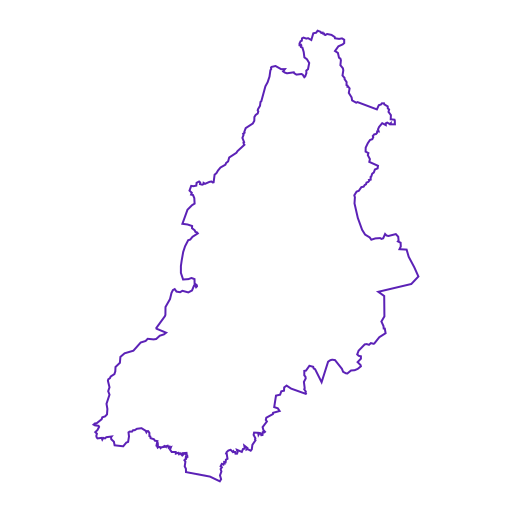 Nochistlán de Mejía, Zacatecas, Mexico
{"feature_id": "50627088B22182253639987", "entity_name": "Nochistlán de Mejía", "entity_type": "district", "adm_level": 2, "iso_a3": "MEX", "parent_name": "Mexico", "parent_adm1": "Zacatecas", "projection": "albers", "projection_center": [-102.872, 21.436], "detail": "fine", "context": "isolated", "style": "outline", "palette": "violet", "viewbox_px": 512, "rotation_deg": 0, "n_neighbors": 0, "source": "geoboundaries", "source_scale": "gbopen_adm2", "svg_char_len": 6023}
<svg xmlns="http://www.w3.org/2000/svg" viewBox="0 0 512 512"><path d="M384.4,316.4L384.2,296.0L378.3,291.8L411.3,284.0L418.4,276.5L414.3,267.3L408.7,256.8L406.6,249.6L399.5,249.2L400.8,246.4L400.6,242.7L397.9,241.4L398.6,240.5L398.2,236.7L395.8,234.1L388.4,236.0L386.5,235.5L385.1,234.0L383.2,238.3L381.5,238.9L380.1,238.1L375.4,238.4L371.3,239.7L369.7,237.4L365.1,234.6L362.1,229.8L357.8,217.9L354.5,203.4L354.9,197.3L354.3,195.3L356.6,191.6L358.8,190.8L361.4,187.1L363.6,186.7L364.7,185.0L366.0,184.3L366.5,182.6L368.3,181.9L369.5,180.4L369.2,179.9L370.7,179.6L370.6,177.0L371.2,176.7L372.2,173.7L373.8,172.5L374.9,169.5L377.6,168.4L378.0,165.8L369.3,161.9L369.9,159.1L367.8,155.1L368.4,153.1L365.6,151.6L365.7,147.6L367.8,143.2L370.0,140.0L372.3,139.2L373.3,137.1L372.8,136.0L374.3,134.3L375.9,134.1L376.9,133.1L377.2,131.4L378.7,131.5L378.0,129.3L379.1,126.9L382.2,123.2L385.8,125.1L385.8,123.3L387.2,122.6L389.6,124.0L390.7,123.2L390.5,124.3L394.9,124.3L394.8,120.6L394.5,119.7L390.7,119.3L390.9,115.1L388.5,111.9L389.1,109.5L387.8,108.4L387.7,106.4L384.3,104.4L384.0,103.3L381.9,103.3L381.0,104.5L378.8,105.2L376.9,109.4L357.5,102.1L356.2,102.7L352.1,100.4L351.6,97.4L348.8,92.9L349.6,88.4L348.3,86.8L347.5,86.8L347.5,85.6L346.5,85.1L346.6,82.1L344.6,79.2L344.6,78.0L342.5,75.5L343.3,70.3L342.9,68.3L340.4,65.2L340.9,60.3L340.4,58.6L339.0,57.7L337.9,52.9L335.0,51.0L338.4,46.3L342.7,44.4L344.2,43.1L344.2,39.7L342.0,38.4L339.1,38.9L335.0,38.3L334.7,37.0L331.5,34.9L327.1,34.0L325.4,35.0L324.5,34.7L324.1,33.6L323.1,33.7L322.7,32.6L321.3,33.0L320.5,31.8L317.6,30.7L316.2,32.7L313.3,33.3L311.3,40.0L308.1,38.2L306.3,38.6L303.5,37.6L302.0,38.4L301.8,40.7L300.6,41.2L299.5,43.5L299.5,45.0L301.0,44.7L301.3,45.3L300.6,46.2L300.9,47.0L302.4,47.6L303.7,52.0L304.4,57.4L306.9,59.2L309.2,63.0L308.0,69.2L306.3,70.6L306.4,73.1L305.2,76.4L304.3,77.2L302.7,74.7L301.5,74.0L296.4,74.6L294.2,73.2L293.8,72.3L287.0,73.3L284.9,72.6L283.1,71.4L284.9,69.1L281.2,69.2L275.5,66.0L271.6,66.9L271.0,67.5L271.2,69.1L270.4,70.2L269.5,76.6L267.6,82.3L265.4,86.3L261.3,101.3L260.5,101.9L260.0,105.8L258.0,109.2L257.7,110.4L258.3,111.4L257.7,113.5L255.7,114.9L254.4,117.0L254.3,120.8L252.8,123.5L245.7,128.1L244.3,131.9L244.6,132.7L243.1,133.8L243.6,134.8L242.4,137.9L244.1,142.2L243.5,142.6L243.8,144.0L244.4,144.8L237.5,151.1L236.4,152.8L229.2,157.5L228.1,161.4L226.1,163.0L225.4,164.7L220.5,167.5L218.0,170.5L216.4,173.2L214.6,174.7L213.6,182.3L212.8,182.5L211.4,181.5L209.4,181.9L205.1,183.8L203.6,182.9L203.4,184.2L202.2,184.7L200.0,184.1L200.2,182.5L199.1,181.5L196.6,182.8L196.3,185.6L193.5,186.2L191.2,185.9L189.5,190.6L191.8,192.8L191.1,194.6L193.0,195.0L194.3,198.1L194.6,203.6L192.0,205.2L187.5,209.7L182.4,223.8L187.6,224.5L192.1,226.0L192.0,228.2L194.7,230.3L195.4,231.9L197.0,232.4L197.8,233.4L192.5,236.8L190.2,239.6L188.2,240.2L185.1,246.2L183.2,251.9L181.7,260.4L180.9,266.0L180.9,272.9L183.1,279.5L188.5,279.1L191.4,278.0L194.5,279.1L194.6,283.4L196.8,285.2L197.0,286.3L196.1,287.2L195.3,285.5L194.1,285.4L192.0,290.5L188.3,292.4L182.4,290.8L180.1,292.2L176.5,291.6L174.7,289.1L172.9,290.1L171.5,292.9L170.0,299.1L165.5,307.0L165.4,314.9L164.9,316.2L156.3,328.0L156.5,328.7L166.1,332.7L163.9,334.4L159.8,335.7L156.2,339.0L153.6,339.4L147.7,338.8L145.6,341.0L140.7,342.5L133.4,350.7L124.6,353.3L120.4,356.9L119.9,362.8L115.5,367.0L115.3,371.3L114.4,374.1L110.7,376.5L109.9,378.2L108.3,379.3L107.9,380.7L109.5,387.3L108.2,391.2L109.5,394.7L106.5,403.8L107.4,409.0L107.0,414.4L105.1,416.4L102.3,417.3L101.6,419.3L96.6,423.3L95.0,423.4L93.6,424.6L95.0,425.4L98.5,425.8L99.1,426.9L97.4,430.1L95.3,432.1L96.9,433.7L96.3,436.0L96.7,437.4L97.5,438.4L101.6,437.9L102.3,439.6L103.3,437.9L105.0,438.4L106.3,437.2L111.6,436.5L111.0,437.3L111.3,439.3L113.9,441.7L114.6,445.3L123.2,446.3L126.3,442.6L128.1,441.9L129.0,436.4L128.5,432.4L129.6,431.6L132.0,431.6L133.1,430.2L134.7,430.2L136.9,428.8L141.5,428.2L145.7,430.8L146.4,432.3L147.1,431.1L148.2,431.1L149.4,432.9L149.4,436.1L150.3,436.5L150.6,438.2L153.9,439.2L154.9,440.7L157.4,441.1L156.7,444.5L157.8,443.8L157.9,445.3L157.1,446.3L157.7,447.6L158.5,446.9L160.0,447.1L160.6,448.1L161.4,447.3L164.1,446.9L163.8,446.4L164.7,445.9L166.0,446.9L166.2,446.2L167.7,445.7L168.5,447.5L169.1,446.5L169.7,446.5L170.0,447.7L170.9,447.3L170.0,449.6L171.7,452.0L175.7,452.0L175.8,453.6L178.2,452.8L179.0,454.2L180.0,453.2L182.3,455.5L183.7,454.2L182.3,454.0L182.4,453.2L187.4,452.8L185.2,453.6L187.2,455.3L187.4,456.9L186.7,457.0L186.3,458.2L185.8,457.5L185.6,459.0L184.4,460.2L185.4,461.7L184.7,466.4L185.9,468.7L186.0,472.1L210.0,476.6L219.8,481.3L221.1,479.2L220.0,475.4L221.4,471.5L220.6,469.1L221.9,467.3L220.6,466.3L221.8,463.9L223.4,464.6L223.7,463.5L224.6,463.5L224.3,462.0L225.6,462.2L225.9,459.7L227.5,458.8L226.7,453.7L226.1,453.5L226.7,452.1L228.4,450.5L230.6,449.8L232.8,452.0L233.4,451.3L233.7,452.0L235.1,452.0L235.5,453.7L237.0,453.7L237.6,452.1L236.9,449.8L241.8,451.9L243.0,449.0L244.8,448.6L244.3,445.6L247.4,448.0L246.9,449.4L247.6,449.1L250.7,450.7L251.8,449.3L252.4,444.8L255.5,440.3L255.0,439.3L255.4,438.3L253.6,434.9L254.1,432.6L258.1,432.8L258.5,434.9L259.6,433.0L260.6,433.2L261.3,435.2L262.5,435.0L262.8,432.2L264.3,432.4L265.0,431.8L263.4,430.1L262.6,427.1L266.9,421.5L265.8,419.9L266.3,417.7L272.9,414.1L273.1,412.8L279.6,411.0L277.8,408.3L274.2,407.1L276.0,395.6L280.1,394.7L281.3,391.3L284.0,390.7L284.2,387.4L286.6,385.6L291.1,388.6L306.5,394.1L305.5,393.0L305.8,391.6L304.2,389.2L304.7,388.2L303.9,381.9L305.7,378.5L305.5,376.8L304.3,375.3L304.3,370.9L306.0,370.6L309.4,365.8L313.2,366.8L313.7,368.5L315.1,369.2L321.6,382.2L328.1,361.7L330.3,360.2L332.2,359.7L335.0,360.1L341.9,368.8L343.1,371.8L345.9,373.3L347.3,373.5L351.0,370.5L354.7,370.2L357.7,368.9L360.9,366.3L360.6,365.1L357.6,362.1L360.9,358.7L360.9,356.3L358.7,355.8L357.2,354.4L358.6,350.7L364.7,344.4L366.7,344.1L369.0,344.8L370.9,343.1L373.6,343.8L374.3,343.5L379.3,337.2L385.6,333.2L384.8,328.6L383.7,328.5L383.5,326.1L381.4,321.5L384.4,316.4Z" fill="none" stroke="#5b21b6" stroke-width="2"/></svg>